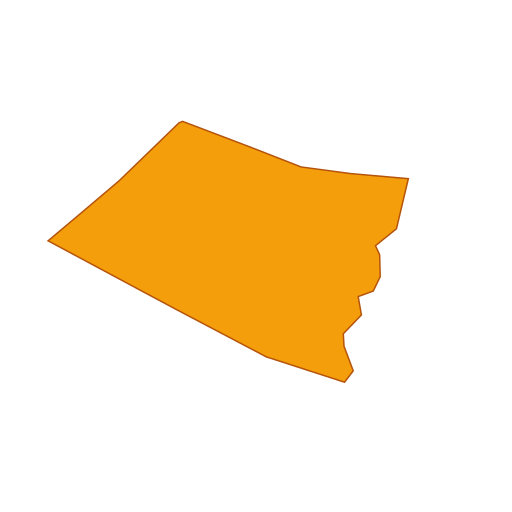 Clay, West Virginia, United States of America, rotated 59°
{"feature_id": "52423323B8286082646213", "entity_name": "Clay", "entity_type": "district", "adm_level": 2, "iso_a3": "USA", "parent_name": "United States of America", "parent_adm1": "West Virginia", "projection": "albers", "projection_center": [-81.025, 38.466], "detail": "fine", "context": "isolated", "style": "filled", "palette": "amber", "viewbox_px": 512, "rotation_deg": 59, "n_neighbors": 0, "source": "geoboundaries", "source_scale": "gbopen_adm2", "svg_char_len": 457}
<svg xmlns="http://www.w3.org/2000/svg" viewBox="0 0 512 512"><g transform="rotate(59 256 256)"><path d="M367.6,221.2L360.8,196.0L343.4,189.3L346.4,173.5L337.7,160.2L318.7,149.4L308.7,148.3L305.0,121.6L268.2,85.6L233.9,132.7L202.9,171.5L161.0,203.8L102.8,249.6L102.2,253.4L121.0,334.5L129.1,383.9L135.9,426.4L223.8,374.0L261.4,351.5L347.8,299.1L409.8,245.1L404.5,231.8L378.6,227.0L367.6,221.2Z" fill="#f59e0b" stroke="#b45309" stroke-width="1.5"/></g></svg>